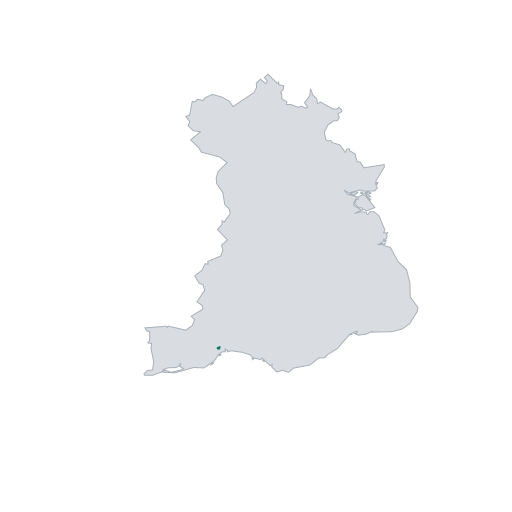 location of Mandirituba, Paraná, Brazil, rotated 46°
{"feature_id": "56859067B10797338801993", "entity_name": "Mandirituba", "entity_type": "district", "adm_level": 2, "iso_a3": "BRA", "parent_name": "Brazil", "parent_adm1": "Paraná", "projection": "mercator", "projection_center": [-49.327, -25.815], "detail": "fine", "context": "in_parent", "style": "filled", "palette": "teal", "viewbox_px": 512, "rotation_deg": 46, "n_neighbors": 0, "source": "geoboundaries", "source_scale": "gbopen_adm2", "svg_char_len": 4273}
<svg xmlns="http://www.w3.org/2000/svg" viewBox="0 0 512 512"><g transform="rotate(46 256 256)"><path d="M157.1,124.8L161.3,128.4L166.6,126.7L168.2,129.0L171.1,125.7L178.3,122.4L179.8,119.2L184.4,117.4L184.7,115.4L179.5,114.7L178.1,106.1L173.6,100.6L179.7,103.3L185.1,103.2L189.0,106.0L190.1,102.6L203.7,98.5L206.6,95.7L206.5,93.1L210.5,92.9L211.7,94.2L210.4,98.5L214.0,99.7L215.2,103.3L212.8,106.1L211.7,113.2L214.3,120.7L220.6,125.0L223.4,124.3L224.8,121.9L227.2,122.5L234.5,118.5L243.6,119.8L242.2,116.6L243.7,114.5L245.5,115.4L251.4,113.9L258.2,117.7L261.0,115.8L267.4,117.2L279.3,100.3L281.2,102.0L285.3,117.6L287.3,120.0L291.3,121.4L291.7,125.3L284.9,132.8L280.8,135.2L275.2,145.4L269.8,146.8L275.5,147.1L283.8,142.0L285.5,148.5L287.7,150.5L296.4,148.3L293.8,155.6L297.2,149.7L301.2,146.3L303.1,147.3L304.0,146.3L303.2,143.6L305.9,140.4L312.6,139.6L326.9,145.3L328.0,148.1L330.0,146.2L333.3,148.4L334.2,150.8L332.5,152.5L333.3,153.4L335.1,151.7L335.5,153.3L333.8,154.9L332.8,160.0L335.0,157.9L336.7,154.1L337.0,156.8L343.4,153.4L358.5,157.7L370.5,157.2L382.3,164.0L392.6,173.5L405.5,175.3L408.0,178.7L411.4,192.5L410.1,201.4L405.1,210.5L391.2,225.6L391.2,224.3L388.6,231.2L384.2,237.3L382.1,238.2L380.6,235.5L379.3,236.8L377.5,243.3L379.1,262.0L376.6,272.8L376.9,277.2L373.0,281.8L371.9,292.9L362.7,306.9L362.3,313.4L356.7,316.1L354.0,321.6L346.8,321.8L345.2,319.7L344.7,322.0L333.5,322.5L334.0,324.4L326.9,329.0L322.9,328.9L315.8,332.7L306.9,339.7L305.2,343.0L303.6,341.8L303.0,343.3L301.0,342.6L303.6,344.6L301.5,346.8L300.9,350.6L302.4,358.8L300.4,371.2L292.9,378.3L283.6,395.7L274.8,403.7L274.6,401.0L280.8,397.8L286.3,388.2L286.5,386.4L282.8,387.5L280.6,384.4L281.7,387.5L280.7,391.0L275.3,396.9L273.5,401.6L274.1,404.2L269.9,413.3L264.2,419.1L262.9,418.3L262.9,413.7L266.1,409.5L261.1,403.2L249.9,395.9L246.5,391.9L243.3,394.1L243.0,391.3L236.7,385.1L233.7,386.7L230.6,385.8L244.2,369.3L245.8,369.4L245.5,367.8L260.5,358.1L261.8,350.2L259.1,344.5L254.3,344.5L257.3,331.1L254.2,329.1L248.0,330.3L244.9,316.5L239.8,314.1L235.9,315.8L227.6,313.8L228.8,304.9L226.2,297.8L228.6,296.3L226.4,294.3L231.5,281.5L228.8,275.6L224.3,273.3L224.7,265.4L210.2,265.3L209.7,258.8L207.0,255.7L209.5,255.6L207.6,245.0L203.1,242.5L197.4,242.8L187.3,235.8L176.6,234.0L172.0,230.2L168.9,224.3L168.8,211.9L159.5,213.4L143.2,223.2L138.4,221.9L127.2,222.4L128.0,209.7L122.5,214.0L115.0,214.3L113.4,210.3L106.9,209.5L108.7,206.1L100.6,194.6L102.8,192.6L102.5,189.4L107.4,185.9L106.7,183.0L109.4,175.2L117.7,170.3L126.0,167.7L132.5,168.7L137.1,144.0L135.2,138.6L131.8,135.6L131.9,129.9L139.0,129.3L137.8,126.2L133.5,126.1L133.5,121.0L146.8,120.9L146.6,118.8L148.7,120.7L152.9,117.7L155.2,121.0L155.5,125.1L157.1,124.8ZM289.0,135.4L303.7,136.9L300.2,145.5L297.5,145.7L297.0,147.2L294.8,146.5L292.5,148.7L286.9,148.7L284.9,144.4L286.3,143.3L284.6,141.7L285.8,136.7L289.0,135.4ZM276.4,145.9L278.7,139.7L281.0,138.8L280.8,142.6L276.4,145.9ZM293.0,132.4L291.6,134.7L288.2,134.2L288.8,132.7L293.0,132.4ZM288.0,129.8L287.4,134.6L286.0,134.1L288.0,129.8ZM295.3,135.4L293.2,135.7L292.3,135.3L294.9,133.9L295.3,135.4ZM285.7,135.6L283.6,137.1L282.7,136.3L284.2,134.9L285.7,135.6ZM289.7,131.4L288.7,130.4L290.5,129.5L290.6,130.4L289.7,131.4ZM288.6,119.1L287.3,119.4L287.0,117.6L288.2,117.5L288.6,119.1ZM302.9,363.9L302.5,362.2L303.5,360.6L303.8,361.1L302.9,363.9ZM328.2,328.3L328.5,330.2L327.0,329.8L328.2,328.3ZM302.2,351.7L301.5,350.7L302.5,349.7L302.8,350.1L302.2,351.7ZM334.7,156.8L333.8,158.6L334.7,156.1L334.7,156.8ZM381.3,238.5L379.9,239.0L380.8,237.5L381.3,238.5ZM337.5,323.3L336.0,323.9L335.7,323.5L336.6,322.7L337.5,323.3ZM378.9,241.8L378.3,242.8L378.0,242.1L378.9,241.8ZM330.7,144.6L330.8,145.6L330.4,145.4L330.7,144.6Z" fill="#d9dde1" stroke="#a8b0b8" stroke-width="1"/><path d="M296.4,347.7L296.5,347.6L296.8,347.5L296.8,347.4L296.8,347.2L297.0,347.2L297.2,346.9L297.2,346.7L296.9,346.6L296.9,346.4L296.9,346.2L296.9,345.9L296.7,345.9L296.4,345.8L296.4,345.7L296.2,345.7L296.1,345.4L296.0,345.5L296.0,345.8L296.0,346.0L295.9,346.2L296.0,346.3L295.9,346.3L295.9,346.5L295.8,346.8L295.7,346.8L295.6,347.0L295.4,347.1L295.4,347.3L295.3,347.5L295.5,347.6L295.8,347.6L296.0,347.7L296.0,347.8L296.3,347.8L296.3,347.7L296.4,347.7Z" fill="#14b8a6" stroke="#0f766e" stroke-width="1.5"/></g></svg>